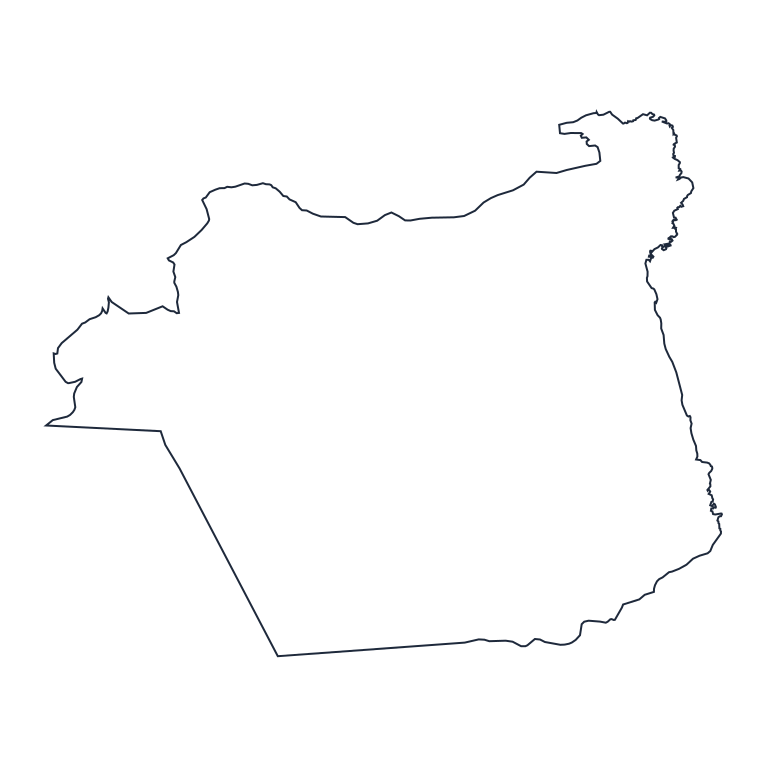 Des Barras, Dauphin, Saint Lucia (Mercator projection)
{"feature_id": "8701671B86108661761319", "entity_name": "Des Barras", "entity_type": "district", "adm_level": 2, "iso_a3": "LCA", "parent_name": "Saint Lucia", "parent_adm1": "Dauphin", "projection": "mercator", "projection_center": [-60.902, 14.001], "detail": "fine", "context": "isolated", "style": "outline", "palette": "slate", "viewbox_px": 768, "rotation_deg": 0, "n_neighbors": 0, "source": "geoboundaries", "source_scale": "gbopen_adm2", "svg_char_len": 6097}
<svg xmlns="http://www.w3.org/2000/svg" viewBox="0 0 768 768"><path d="M179.6,468.5L277.8,656.2L464.8,642.6L478.7,639.4L484.4,639.7L489.3,641.2L505.7,640.7L512.6,641.7L521.1,646.2L525.4,646.2L527.4,645.3L534.9,639.0L540.0,639.5L544.9,642.0L560.4,644.8L564.7,644.6L569.1,643.7L571.9,642.5L575.7,639.9L580.0,635.2L581.7,624.2L584.2,621.7L588.6,620.7L600.0,621.6L605.8,622.7L607.7,621.7L610.3,619.3L611.6,619.1L613.8,620.0L614.9,619.8L621.9,607.6L623.1,604.5L639.3,599.4L644.7,594.8L653.9,591.9L654.0,588.8L655.0,585.2L657.0,581.3L659.2,579.1L662.6,577.4L669.0,572.2L672.0,571.6L678.9,568.9L686.5,564.7L693.0,558.7L699.6,555.7L707.6,553.3L710.3,551.0L712.8,544.9L720.9,533.6L721.0,531.5L720.3,530.4L720.3,528.8L719.4,528.4L719.2,523.9L718.5,523.2L718.4,521.4L717.4,520.6L718.4,517.3L719.6,516.3L721.0,516.2L721.9,514.4L721.6,513.6L721.0,513.5L715.3,514.5L713.1,514.1L712.4,511.4L710.9,510.8L711.3,508.5L713.2,508.4L713.7,507.3L715.6,507.7L715.9,507.0L714.9,504.4L713.9,503.7L712.1,506.1L710.2,505.3L711.4,501.9L712.7,501.5L713.1,499.3L712.4,498.4L711.7,495.3L708.7,493.9L710.2,491.7L710.0,491.2L709.0,489.9L708.2,489.9L707.7,490.6L707.4,490.0L710.4,486.3L710.3,484.1L709.9,483.7L710.8,479.9L708.5,474.2L709.3,472.8L711.2,471.0L712.3,468.7L712.2,467.3L711.9,466.5L710.8,466.1L710.5,465.1L709.2,463.4L707.2,462.6L702.1,462.0L700.4,460.1L696.1,459.5L697.4,456.5L697.3,453.7L696.3,450.3L696.0,446.0L693.3,439.6L691.4,433.2L690.6,428.1L691.6,423.6L690.4,420.3L690.5,417.2L689.8,416.0L688.4,416.5L686.9,415.5L682.4,404.8L681.6,400.3L682.2,395.0L676.3,372.4L672.3,361.9L669.3,356.8L665.7,349.0L664.3,343.6L663.6,335.0L661.2,328.5L661.3,323.3L660.7,319.5L660.0,317.7L657.6,315.2L654.9,309.9L654.7,302.4L655.2,301.8L656.2,302.8L657.5,299.2L656.4,294.2L654.3,289.4L653.4,288.6L651.6,288.1L647.1,281.5L646.9,277.9L647.5,276.2L647.6,271.7L645.4,263.5L646.4,259.8L648.7,259.8L650.0,261.3L651.2,257.9L652.8,257.7L653.4,256.6L652.3,255.5L649.7,256.8L648.9,256.7L649.2,255.5L651.7,255.1L650.2,252.8L650.1,251.1L650.4,250.7L651.6,250.9L651.6,252.3L654.5,249.1L658.0,247.4L660.5,245.0L662.1,245.3L662.1,246.5L662.9,247.3L661.9,248.4L662.0,249.0L663.7,250.2L666.0,249.2L666.4,248.2L665.8,247.1L664.3,246.1L664.6,245.9L667.7,246.5L670.6,245.5L670.4,244.8L669.2,244.9L668.8,244.5L667.8,245.0L666.7,244.4L665.6,245.0L664.8,244.3L669.1,243.5L669.8,242.7L669.8,241.8L671.1,241.8L672.5,240.6L671.8,239.3L670.0,239.6L668.4,238.8L668.5,238.2L669.2,237.8L670.1,238.6L670.7,238.2L670.4,236.8L671.0,236.3L672.7,236.4L673.4,237.1L674.8,236.9L676.9,234.9L676.8,234.2L677.2,233.9L676.0,231.7L676.0,229.4L675.3,228.9L676.0,227.8L674.1,226.9L674.1,227.8L673.0,227.8L674.3,225.7L673.5,223.9L672.4,223.1L673.2,221.8L672.5,221.2L673.5,219.9L675.8,220.2L676.7,219.7L676.4,219.2L675.5,219.1L675.9,218.5L675.6,217.7L674.0,217.5L672.9,212.9L674.3,210.7L677.8,209.1L677.3,207.8L677.9,207.2L679.1,207.2L680.3,205.8L681.3,206.8L683.2,206.2L682.6,204.6L681.1,202.8L683.2,200.9L684.0,198.9L687.0,197.2L687.1,196.1L687.8,195.0L690.9,193.1L691.3,191.3L693.4,188.1L692.2,182.4L688.5,178.5L683.3,177.1L681.1,177.5L679.5,178.9L678.0,179.5L678.9,177.9L678.6,177.2L675.6,177.6L679.4,176.3L679.9,174.9L681.4,173.1L681.6,171.5L680.8,170.4L679.3,170.6L680.1,169.0L678.7,168.2L678.7,165.0L679.8,163.2L679.9,162.2L677.6,160.2L674.5,158.8L674.4,158.0L673.4,158.0L673.0,157.5L674.9,156.8L674.9,155.9L673.5,155.6L673.2,154.0L674.0,152.8L673.6,150.7L673.7,148.7L675.0,146.7L674.8,145.4L673.6,144.7L673.8,144.2L674.7,144.1L675.0,143.4L676.8,142.5L676.1,137.8L676.9,136.2L676.5,135.4L674.7,134.7L674.2,133.6L673.5,134.2L673.3,130.0L671.8,127.9L672.9,126.9L672.4,125.6L670.7,125.1L669.8,126.3L669.5,125.4L670.0,124.8L669.6,123.9L668.3,123.2L667.0,123.5L661.8,121.5L665.7,121.8L666.3,121.4L666.3,120.4L665.0,118.4L660.3,116.9L659.0,118.0L659.2,119.0L658.4,119.5L654.6,120.6L652.2,120.2L650.2,119.1L649.9,118.5L650.1,117.7L653.0,116.8L654.3,115.4L654.1,114.6L652.3,114.0L651.2,112.8L649.9,112.7L647.1,115.3L643.0,114.2L637.3,118.2L636.3,118.2L635.6,120.0L633.3,120.3L633.1,121.2L632.6,121.4L631.2,121.6L630.0,121.2L629.1,121.7L628.1,121.2L627.6,122.9L626.8,123.2L625.0,122.6L623.7,123.5L622.9,123.5L617.8,118.7L612.1,114.6L610.2,111.8L609.2,111.8L603.4,114.7L599.0,115.2L597.9,114.4L596.6,112.0L596.4,113.0L593.5,113.2L586.0,115.3L581.3,117.7L577.4,120.5L573.2,122.2L566.7,122.8L559.2,124.8L560.0,133.2L564.5,133.9L570.8,133.0L581.3,133.1L582.6,134.0L580.8,135.7L581.8,137.8L586.3,137.4L588.8,139.8L586.6,141.5L586.8,144.0L589.1,146.1L595.1,145.5L597.6,147.1L599.4,152.5L600.3,160.9L596.5,163.8L585.3,165.8L566.7,170.0L556.5,173.0L536.5,171.7L529.7,177.7L523.7,184.6L513.0,190.3L497.7,195.1L490.9,198.1L483.6,202.5L475.1,210.7L464.1,216.0L453.9,217.3L431.8,217.7L419.6,218.8L410.4,220.5L405.1,220.4L398.9,216.2L391.4,212.5L384.9,215.1L377.2,220.7L368.0,223.4L357.6,224.2L353.4,222.8L345.2,217.1L320.9,216.5L312.9,213.7L306.7,210.5L302.0,210.2L299.5,207.9L295.7,202.2L289.5,199.4L286.8,196.5L283.3,196.0L279.7,191.7L275.7,188.3L272.7,187.3L271.3,185.2L269.6,184.4L265.9,184.2L262.9,183.2L256.9,184.9L252.3,185.3L248.2,183.8L244.6,183.5L235.3,186.7L231.4,187.3L227.2,186.8L224.5,188.1L219.6,188.2L215.3,189.7L209.7,192.2L205.8,197.5L203.5,198.4L202.2,200.0L206.6,209.1L209.2,219.1L208.9,220.6L207.3,223.3L201.6,230.0L194.4,236.9L186.3,242.2L180.9,245.0L175.9,253.1L173.7,255.2L167.7,258.3L168.9,260.4L173.2,262.5L174.5,264.5L173.4,271.6L175.3,277.1L174.3,281.4L174.3,282.8L176.4,286.7L177.9,291.9L178.3,295.1L177.0,302.0L179.0,312.9L176.7,313.2L174.0,311.3L170.7,311.1L167.6,309.7L162.6,306.3L146.2,312.9L128.7,313.5L111.7,302.0L108.4,297.3L108.0,298.8L108.9,302.3L108.4,307.7L107.6,311.5L106.6,313.4L105.6,312.9L102.6,308.4L102.2,310.9L101.1,313.3L99.2,315.2L95.7,317.2L89.6,319.2L85.2,322.5L82.0,323.7L77.4,329.7L61.7,343.1L58.0,348.1L57.3,353.5L55.6,354.0L53.7,353.4L54.2,362.8L55.7,368.7L65.6,381.8L67.9,383.1L69.0,383.1L75.1,381.8L80.4,379.1L82.1,378.6L81.4,382.0L76.9,387.0L74.2,393.5L73.8,396.9L75.3,407.2L74.4,409.8L72.9,412.1L70.1,414.9L67.2,416.6L52.8,420.1L46.1,425.5L160.7,431.2L165.3,444.9L179.6,468.5Z" fill="none" stroke="#1e293b" stroke-width="2"/></svg>